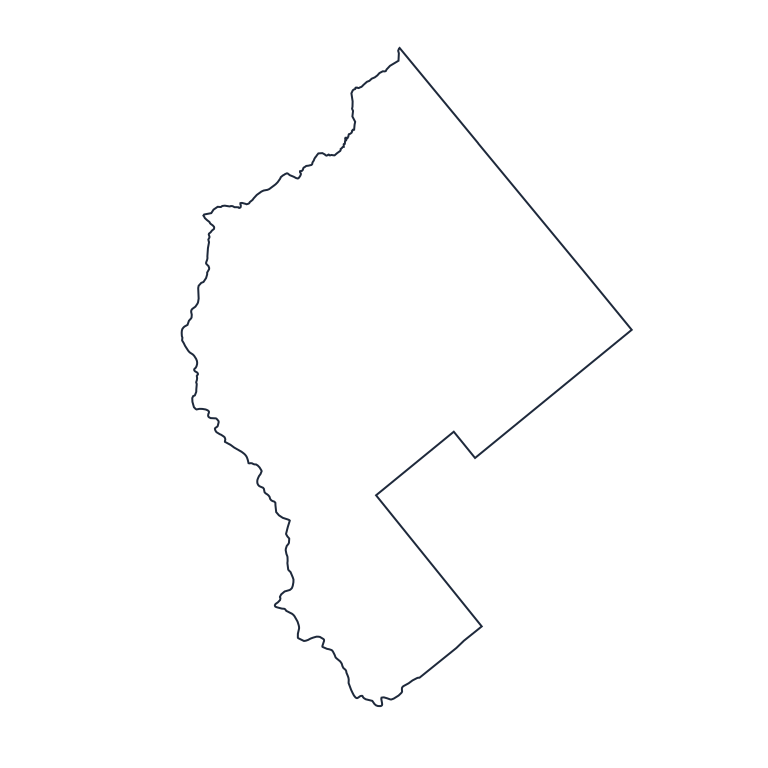 La Paz, Arizona, United States of America, rotated 321°
{"feature_id": "52423323B41781381522782", "entity_name": "La Paz", "entity_type": "district", "adm_level": 2, "iso_a3": "USA", "parent_name": "United States of America", "parent_adm1": "Arizona", "projection": "orthographic", "projection_center": [-114.201, 33.672], "detail": "fine", "context": "isolated", "style": "outline", "palette": "slate", "viewbox_px": 768, "rotation_deg": 321, "n_neighbors": 0, "source": "geoboundaries", "source_scale": "gbopen_adm2", "svg_char_len": 6166}
<svg xmlns="http://www.w3.org/2000/svg" viewBox="0 0 768 768"><g transform="rotate(321 384 384)"><path d="M349.6,139.5L349.6,140.4L349.2,142.4L349.6,145.2L350.3,148.2L350.0,149.7L350.1,150.7L350.7,152.8L350.8,153.8L350.8,154.9L350.3,155.8L349.4,156.5L346.8,156.5L344.8,157.0L342.7,157.0L342.0,157.4L341.6,158.2L341.2,159.5L340.5,160.3L338.4,161.2L337.5,163.0L337.4,163.5L336.8,164.1L332.7,167.6L327.1,173.6L326.0,175.1L324.8,176.1L322.3,177.6L321.7,178.2L321.5,178.9L321.8,182.0L321.1,183.9L320.3,184.7L316.7,186.1L315.6,187.5L312.4,189.7L307.9,191.1L305.6,190.4L301.8,191.0L300.0,192.5L293.7,201.0L291.0,203.4L289.8,204.1L286.1,205.2L282.2,205.0L280.6,205.5L279.5,206.6L278.2,209.2L276.3,211.2L275.4,211.6L272.2,212.1L268.5,214.4L265.1,213.8L263.6,213.9L261.8,214.4L260.4,215.4L258.9,217.0L257.1,219.5L256.5,221.1L254.8,222.8L254.5,223.2L254.1,226.2L253.4,229.2L252.8,234.7L252.8,236.2L253.0,237.6L254.0,240.6L254.2,242.5L253.8,246.2L253.1,248.4L252.4,249.6L251.3,250.9L249.3,252.3L247.8,252.9L246.5,252.9L245.7,253.2L245.2,253.9L245.1,254.6L245.2,255.4L246.0,257.4L246.0,258.4L245.7,259.2L245.3,259.5L244.1,259.7L243.6,259.9L242.5,261.8L241.0,263.2L239.2,264.4L238.9,264.8L238.7,265.7L238.1,266.6L234.8,270.0L233.2,271.9L230.1,273.7L229.6,273.8L228.1,273.3L226.1,274.3L223.9,277.3L221.7,282.4L221.9,284.8L222.3,285.8L225.0,287.2L227.2,289.1L229.4,291.6L230.4,293.5L230.6,294.4L230.6,295.2L230.3,295.7L229.6,296.3L228.7,296.7L227.9,297.4L227.4,297.9L227.1,298.5L227.0,299.1L227.1,299.8L227.8,301.4L231.7,304.9L232.0,305.6L232.1,308.3L231.8,309.2L231.3,309.8L228.3,312.0L227.7,312.2L225.2,312.0L224.4,312.4L223.9,313.4L223.6,314.6L223.5,316.0L224.8,319.7L225.5,321.0L226.4,323.9L226.6,324.9L226.3,326.2L225.7,327.3L224.3,328.4L224.0,328.9L226.5,334.9L227.6,339.2L230.7,347.2L231.4,350.1L231.6,351.7L231.5,353.8L231.0,355.6L230.3,357.4L228.9,360.3L229.6,361.1L230.7,361.7L231.6,362.7L232.1,364.0L232.7,364.9L234.0,366.1L234.6,368.0L234.8,370.5L234.3,374.2L234.0,374.8L231.3,376.3L228.9,376.9L226.7,378.0L225.1,379.0L223.9,380.3L223.1,381.6L222.7,383.2L222.8,384.7L223.3,385.9L224.7,388.5L224.7,389.8L223.1,392.9L223.1,393.9L223.4,395.2L223.8,396.3L224.1,397.8L224.1,399.5L223.2,401.7L223.2,403.5L223.8,405.0L224.5,405.9L224.8,406.8L224.8,408.0L224.1,408.9L223.4,409.8L219.6,415.7L219.7,419.9L221.1,424.3L224.1,428.9L224.8,430.3L224.8,430.9L219.1,434.7L213.6,438.8L213.4,439.2L213.0,441.7L213.1,444.1L213.0,444.6L210.2,447.6L208.8,448.2L206.6,448.6L204.1,450.2L203.0,451.3L201.2,454.7L200.4,457.2L199.7,458.3L197.7,460.9L196.2,462.4L192.8,467.9L192.7,468.7L193.0,471.4L191.4,476.9L190.6,479.0L188.8,481.1L186.1,483.4L184.1,484.6L183.0,484.8L181.2,484.8L176.2,482.7L171.7,482.8L169.2,483.9L168.9,484.3L168.8,485.1L168.5,485.5L167.2,486.5L164.2,486.9L161.3,486.7L160.0,487.2L159.6,487.8L159.5,488.2L159.5,488.8L160.3,490.2L163.3,494.3L165.0,495.9L165.3,496.5L165.4,497.3L165.3,498.8L168.0,504.9L168.3,506.6L168.3,508.2L167.3,514.2L165.9,517.8L165.0,519.5L164.1,520.6L159.9,523.9L157.9,526.3L157.4,527.0L157.4,527.6L160.0,533.2L160.5,533.6L161.7,534.3L163.9,535.1L166.6,535.6L169.3,536.5L172.6,537.9L173.8,538.9L175.0,540.2L176.4,544.0L176.5,544.8L175.8,545.9L171.3,548.8L170.8,549.4L170.9,549.9L173.0,553.9L174.5,555.7L175.7,557.6L176.0,558.5L175.9,560.0L175.2,563.3L174.3,566.1L174.5,567.6L175.4,572.1L175.3,573.1L175.2,574.6L174.1,577.3L173.7,579.2L174.2,581.8L174.0,583.2L173.1,584.8L172.3,587.6L171.5,589.9L170.5,591.6L168.3,594.1L166.0,600.9L165.2,604.2L164.6,607.2L164.6,609.7L165.0,610.8L165.6,611.3L166.8,611.5L168.9,611.6L169.6,611.8L170.7,612.5L170.9,612.9L170.6,614.3L170.7,615.5L171.4,617.5L175.5,622.9L175.2,626.7L175.6,628.8L176.6,630.4L178.4,632.0L179.3,632.4L180.1,632.4L180.8,632.0L181.7,630.7L183.7,627.0L184.7,626.2L186.1,627.0L186.8,627.6L188.5,630.0L190.4,633.1L191.2,633.8L193.5,634.6L199.3,635.3L202.9,635.0L203.8,634.8L204.6,634.3L205.7,632.6L206.7,631.5L207.7,631.1L208.8,631.0L214.8,632.1L219.6,632.3L224.5,633.3L225.6,633.7L226.8,634.6L274.1,634.7L284.5,633.8L307.4,633.9L307.8,465.5L408.2,465.0L408.2,498.8L610.6,497.8L610.2,424.4L608.6,256.4L608.7,256.0L607.6,132.7L606.7,132.8L604.7,134.0L603.7,136.3L598.7,141.9L588.9,140.5L583.9,141.2L582.4,141.9L581.4,141.6L579.8,140.2L576.1,139.5L573.0,140.0L569.8,139.9L566.6,139.0L563.4,139.2L560.9,138.4L556.5,138.6L554.0,138.9L553.1,138.8L552.5,138.5L550.6,138.1L550.0,137.5L549.7,136.8L549.0,136.2L548.5,135.9L548.2,135.9L547.9,136.2L547.9,136.4L547.1,136.6L546.1,136.2L544.6,136.1L541.6,137.6L537.5,144.6L534.0,148.7L532.4,150.0L531.8,152.3L527.8,156.2L526.6,162.1L524.4,163.9L520.8,167.6L520.3,167.4L520.1,167.1L519.8,166.8L518.4,167.2L518.4,167.5L517.0,168.3L515.4,168.3L514.6,168.1L514.1,167.8L513.6,167.9L511.8,169.4L510.6,169.6L510.3,170.0L509.8,170.0L509.8,169.8L509.5,169.1L509.5,168.7L509.0,168.4L508.4,168.7L508.1,169.1L508.4,169.5L508.3,170.0L507.9,170.8L507.5,170.8L507.4,170.6L507.0,170.5L506.6,170.7L504.7,172.7L504.1,172.6L503.7,172.3L503.3,172.6L502.0,174.4L501.2,173.9L500.5,173.9L500.0,174.1L499.2,174.1L498.2,174.1L497.8,174.7L496.7,175.3L492.9,175.1L489.5,175.2L488.4,174.2L487.4,173.0L486.8,172.7L486.0,172.4L485.5,171.9L485.6,171.3L485.3,170.8L483.4,170.5L482.9,170.2L482.5,169.1L482.5,168.4L481.4,165.8L478.1,163.5L475.3,164.1L474.4,164.5L473.7,164.5L471.8,165.1L469.9,166.2L468.8,166.5L467.8,166.9L466.6,167.9L465.5,168.1L462.7,166.8L460.8,165.6L458.7,165.5L457.9,165.3L457.1,165.5L455.7,166.5L454.1,166.7L453.6,166.2L452.6,165.8L452.0,166.6L451.9,167.9L451.6,168.5L450.9,169.0L450.0,169.5L447.7,170.2L446.4,170.1L445.3,168.7L444.3,166.2L442.2,162.4L441.7,160.0L441.2,159.2L439.2,158.6L438.4,158.6L436.9,158.3L434.0,158.3L432.5,159.1L428.2,160.3L425.3,160.6L417.5,160.3L415.7,159.8L412.2,157.9L409.8,157.3L404.1,157.0L399.5,157.7L397.7,158.2L394.1,158.2L393.0,158.7L391.6,158.4L390.3,157.8L389.8,156.9L387.6,153.9L386.7,153.3L386.2,153.1L385.5,153.9L385.3,154.8L384.7,155.6L383.7,156.4L382.7,156.3L382.2,156.0L382.0,155.5L382.0,155.0L380.2,153.4L379.1,152.5L378.8,151.8L378.3,150.6L377.1,149.4L376.2,149.1L375.7,148.8L372.5,145.2L370.4,143.9L368.6,143.8L366.2,141.6L361.3,141.2L357.3,142.5L350.9,139.1L349.6,139.5Z" fill="none" stroke="#1e293b" stroke-width="2"/></g></svg>